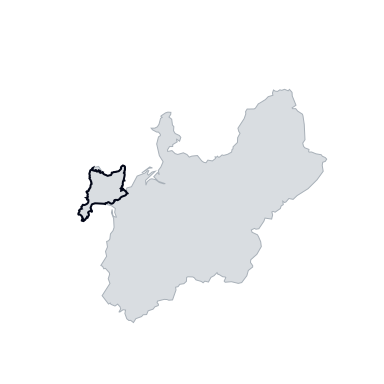 Crimea highlighted on a map of Ukraine, rotated 127°
{"feature_id": "UKR-283", "entity_name": "Crimea", "entity_type": "Autonomous Republic", "adm_level": 1, "iso_a3": "UKR", "parent_name": "Ukraine", "parent_adm1": "", "projection": "albers", "projection_center": [34.531, 45.3], "detail": "fine", "context": "in_parent", "style": "outline", "palette": "ink", "viewbox_px": 384, "rotation_deg": 127, "n_neighbors": 0, "source": "natural_earth", "source_scale": "10m", "svg_char_len": 8241}
<svg xmlns="http://www.w3.org/2000/svg" viewBox="0 0 384 384"><g transform="rotate(127 192 192)"><path d="M254.2,254.9L258.2,260.9L261.5,264.0L263.2,264.1L267.7,261.9L270.7,262.5L273.3,260.5L280.1,261.8L278.1,265.7L277.2,269.6L268.5,271.2L265.2,269.0L261.8,269.1L259.9,272.0L256.5,274.0L255.4,276.2L249.2,276.1L245.0,278.1L241.8,282.5L238.3,285.2L235.5,286.0L231.2,284.9L227.8,282.0L230.6,273.6L229.7,269.1L227.0,267.0L223.6,266.7L219.2,263.0L214.1,263.4L212.4,261.6L223.1,253.6L225.4,253.2L231.8,249.0L230.7,245.5L227.9,246.4L224.2,243.5L212.3,245.4L205.2,241.0L201.8,240.4L201.0,239.4L204.5,238.5L204.8,237.0L200.1,235.9L197.5,233.8L210.6,236.1L214.3,232.9L210.6,234.0L206.9,233.1L205.6,232.0L204.1,228.6L204.1,223.9L202.6,219.7L201.4,218.3L203.7,225.2L202.8,231.7L197.3,231.2L197.9,228.5L195.1,231.9L190.8,231.9L185.2,233.3L182.6,240.0L174.9,249.1L168.2,251.9L166.0,251.2L165.0,252.0L164.3,254.8L165.4,256.3L166.1,261.0L165.6,263.0L163.5,260.2L160.8,258.9L157.8,259.1L152.1,261.4L150.3,260.8L150.4,262.2L149.8,262.5L144.8,260.8L142.7,259.3L141.1,256.8L142.8,255.7L146.0,255.5L146.1,252.0L150.3,247.9L150.7,245.9L154.3,243.5L155.4,240.6L154.5,236.1L155.1,233.8L158.9,232.5L159.0,236.0L159.8,235.7L160.8,234.0L165.7,235.9L167.3,234.8L169.3,237.3L173.2,236.9L174.2,235.8L171.0,232.9L171.5,228.6L170.6,226.0L165.9,222.5L165.1,218.6L165.8,215.2L163.4,213.7L159.6,209.6L161.3,203.0L161.2,200.4L160.2,198.4L157.0,198.5L154.9,194.4L151.1,193.4L150.0,194.7L149.4,193.3L148.1,193.3L148.3,191.7L147.5,191.0L144.3,190.3L143.7,188.7L140.4,186.2L136.3,184.4L133.9,185.6L132.9,185.2L131.1,186.4L125.1,185.5L121.2,188.2L116.2,189.0L115.5,191.1L113.4,193.7L102.1,194.5L97.3,196.0L95.5,197.6L92.6,197.9L88.2,192.3L86.8,191.8L81.8,192.1L74.1,189.0L70.0,188.5L66.1,185.6L64.5,187.3L61.5,188.3L61.4,186.4L60.3,184.3L57.5,183.3L56.8,181.5L54.3,179.9L53.3,176.1L51.4,175.9L52.2,172.1L55.0,169.7L60.1,161.2L64.6,162.7L64.9,161.7L63.0,159.3L63.8,156.4L63.4,150.6L64.5,149.1L70.5,143.0L82.3,133.2L86.3,133.0L88.4,130.4L88.8,128.4L87.6,124.2L89.6,123.1L89.6,122.4L88.1,120.6L86.9,116.0L84.5,111.3L85.0,109.4L84.3,106.4L84.7,104.2L87.4,104.0L89.6,105.5L92.4,104.0L96.5,99.7L107.0,99.5L119.5,101.3L131.6,105.9L137.0,106.8L138.9,110.7L143.5,111.0L144.7,111.8L144.7,114.0L147.2,111.5L149.4,112.4L152.1,111.5L158.1,113.5L158.7,115.6L159.9,116.2L161.8,113.8L165.7,112.1L168.9,118.0L172.1,117.0L181.1,116.5L183.2,118.5L183.5,120.2L186.6,121.8L188.0,119.8L186.8,114.0L187.7,111.9L190.4,107.2L193.9,103.8L202.7,102.7L210.7,104.3L213.1,102.9L214.3,99.2L215.4,98.4L220.8,99.8L225.9,97.8L234.4,97.8L237.1,100.0L239.9,106.5L244.1,111.2L243.8,112.7L240.0,113.5L239.9,114.3L241.2,116.5L241.6,121.0L242.2,121.5L241.3,123.5L245.5,124.0L248.8,125.5L254.0,124.7L255.5,128.1L257.8,128.5L257.8,130.7L259.8,135.9L259.1,138.7L259.4,140.3L262.2,144.3L263.4,144.9L266.7,142.7L270.1,143.3L273.1,146.2L276.0,146.2L277.9,147.8L279.9,145.8L289.9,142.6L292.4,145.4L292.9,147.2L294.5,149.6L299.9,153.9L301.4,153.3L301.8,151.3L303.0,150.6L306.0,152.5L309.0,152.6L313.3,155.5L317.2,154.5L319.4,157.1L321.8,157.3L326.9,160.6L331.5,160.2L331.4,163.7L332.6,165.1L332.5,167.8L329.4,172.5L326.3,174.0L327.5,176.2L331.3,177.4L331.6,178.1L328.3,178.6L327.0,180.3L326.3,183.9L329.4,184.9L330.5,189.1L329.9,190.5L331.7,191.2L328.9,201.4L314.4,202.5L311.7,206.7L307.4,208.2L306.2,209.5L305.1,215.2L306.4,216.2L305.2,218.6L305.5,220.6L294.7,221.5L291.5,225.3L286.8,226.4L282.9,230.4L281.1,229.3L279.0,229.3L274.5,231.9L270.4,231.8L267.2,232.9L260.3,238.7L257.1,243.8L254.0,245.3L258.3,241.2L258.5,239.0L257.5,237.3L254.8,241.5L251.3,243.3L251.4,248.1L254.2,254.9ZM207.0,243.6L197.4,240.8L196.6,238.1L198.7,240.5L207.0,243.6Z" fill="#d9dde1" stroke="#a8b0b8" stroke-width="1"/><path d="M231.2,244.8L231.8,244.2L231.9,243.7L231.8,242.8L231.9,242.6L232.7,243.1L233.3,243.2L234.1,243.0L234.8,243.2L235.6,243.6L236.4,244.2L237.2,244.7L237.8,245.1L238.4,245.3L239.1,245.6L240.0,245.7L240.6,245.5L241.2,245.5L241.8,245.8L242.3,246.2L242.8,246.2L243.3,246.5L243.5,247.1L243.8,247.6L244.1,248.1L244.5,248.5L245.0,248.9L245.6,249.0L245.9,248.6L246.0,248.3L246.7,248.4L247.2,248.3L247.9,248.3L248.7,248.5L249.4,248.9L249.9,249.4L250.2,250.2L250.2,250.9L250.2,251.9L250.3,252.5L250.7,252.9L251.7,253.2L252.4,253.8L253.0,254.4L253.4,254.5L253.9,254.2L254.6,255.6L259.4,262.7L261.9,264.4L262.5,264.4L265.5,263.6L265.8,263.3L266.2,262.8L266.3,262.6L266.3,262.4L266.4,262.2L266.6,262.2L267.0,261.7L267.1,261.2L267.2,260.7L267.4,260.4L267.7,260.2L268.1,260.2L268.2,260.5L268.0,260.8L267.9,261.3L268.1,261.6L268.4,261.8L269.6,262.5L270.3,262.7L270.9,262.6L271.4,261.9L271.6,261.2L272.1,260.8L272.4,260.5L272.8,260.3L274.7,260.3L274.9,260.2L275.2,259.9L275.5,260.0L275.6,260.3L275.5,260.7L275.8,260.6L276.0,260.4L276.5,260.4L277.0,260.8L277.3,260.8L278.3,260.6L278.6,260.6L279.1,261.2L279.4,261.4L279.6,261.4L279.9,261.0L280.2,261.0L280.5,261.1L280.7,261.4L281.0,262.2L281.2,262.8L281.0,263.0L280.5,263.2L280.3,263.2L280.1,263.1L279.6,262.9L279.2,262.8L278.9,262.9L278.7,263.2L278.6,263.7L278.7,263.8L278.8,263.9L278.8,264.0L278.7,264.2L278.6,264.3L278.2,264.3L277.9,264.7L277.7,265.2L277.6,265.7L277.4,267.1L277.4,267.6L277.6,268.1L278.0,268.6L278.3,269.0L278.2,269.3L278.0,269.6L276.8,270.0L275.3,270.1L275.1,270.2L275.0,270.3L274.9,270.5L274.8,270.9L274.8,271.0L274.4,271.1L272.9,270.8L272.0,270.2L272.0,270.4L271.5,270.2L271.1,270.5L270.8,271.1L270.6,271.4L269.3,271.3L268.1,271.5L267.8,271.4L267.6,270.9L267.5,270.6L267.0,270.0L266.8,269.8L265.7,269.2L264.5,268.7L263.8,268.6L263.1,268.6L262.4,268.8L261.8,269.1L260.9,269.8L260.7,270.0L260.7,270.3L260.6,270.5L260.6,270.9L260.7,271.0L261.2,271.2L261.2,271.3L261.0,271.5L260.4,271.4L260.2,271.5L260.0,271.8L260.0,272.1L260.1,272.8L259.3,272.2L259.2,272.3L258.9,272.5L258.5,272.3L258.2,272.5L257.8,273.3L257.5,273.5L256.8,273.7L256.5,273.8L256.1,274.6L255.8,275.7L255.3,276.4L254.6,276.3L254.4,276.0L254.2,275.7L254.0,275.4L253.7,275.3L253.1,275.3L252.8,275.4L252.6,275.5L252.4,275.8L252.1,275.8L251.5,275.7L251.3,275.9L251.0,276.0L249.9,275.8L249.3,276.0L248.1,276.8L247.4,277.1L246.1,277.4L245.5,277.6L245.1,278.1L245.1,277.9L245.0,278.0L244.3,278.9L244.3,279.1L244.1,279.3L243.5,280.3L242.9,282.0L242.7,282.3L242.2,282.3L241.9,282.3L241.7,282.3L241.6,282.5L241.2,283.2L241.0,283.4L240.2,283.6L240.0,283.8L239.8,284.2L239.6,284.6L239.4,284.8L238.8,285.2L238.6,285.2L238.2,285.3L236.3,286.1L236.0,286.2L235.6,286.1L234.6,285.7L234.3,285.7L234.0,285.8L233.8,285.8L232.7,285.8L232.5,285.7L233.1,285.6L233.1,285.3L233.4,285.1L234.6,285.0L234.4,284.4L233.8,282.7L233.3,282.6L233.2,282.0L232.5,282.1L232.2,281.4L232.9,280.4L232.2,279.4L230.8,279.5L230.6,278.1L231.9,277.3L231.7,276.4L230.7,275.8L230.1,275.7L229.9,274.9L230.4,274.8L230.6,274.5L230.7,274.1L230.8,273.6L230.8,273.1L230.6,272.2L230.5,271.8L230.5,271.6L230.2,271.0L230.2,270.8L230.1,270.2L229.9,269.2L229.4,268.7L228.3,267.9L227.4,267.0L227.1,266.9L226.4,267.0L225.8,267.2L225.2,267.6L224.8,267.7L224.6,267.5L224.5,267.1L224.1,266.9L223.4,266.7L223.1,266.4L222.6,265.7L222.2,265.5L222.0,265.2L221.8,264.9L221.7,264.8L221.4,264.6L221.2,264.6L220.2,263.6L219.6,263.2L218.9,262.9L216.4,262.6L216.0,262.7L215.8,262.8L215.2,263.5L214.9,263.6L213.7,263.6L213.4,263.4L212.8,263.1L212.4,263.1L212.0,261.8L212.0,261.4L212.2,260.8L212.7,260.3L214.7,258.8L215.0,258.7L215.4,258.7L215.7,258.6L216.0,258.5L216.2,258.3L216.4,258.1L216.5,258.0L216.6,257.8L216.9,257.8L217.1,257.8L217.4,258.0L217.6,258.0L217.8,257.9L217.8,257.7L217.8,257.3L217.8,257.1L218.0,256.8L218.5,256.3L219.6,255.6L223.4,253.9L223.6,253.7L223.7,253.4L223.4,253.1L223.4,252.9L223.5,252.8L224.0,253.2L224.5,253.6L225.1,253.5L226.3,252.8L226.9,252.5L227.0,252.4L227.5,251.8L227.8,251.7L228.5,251.3L228.7,251.2L228.9,251.2L229.2,251.5L229.4,251.5L229.5,251.5L229.9,251.4L230.3,250.9L230.7,250.7L230.9,250.6L231.0,250.6L231.4,250.7L231.5,250.8L231.6,251.0L231.8,251.1L232.2,251.1L232.2,250.8L232.2,250.2L232.2,249.8L232.5,249.9L232.8,249.8L233.3,249.6L233.6,249.4L233.3,249.2L233.0,249.0L232.1,248.8L231.7,248.8L231.4,249.0L231.2,249.1L231.0,248.9L231.4,248.5L231.5,248.2L231.4,248.1L231.2,247.8L231.3,247.6L231.4,247.4L231.4,247.2L231.2,246.4L231.2,246.1L231.4,245.9L231.5,245.6L231.5,245.3L231.2,244.8Z" fill="none" stroke="#020617" stroke-width="2"/></g></svg>